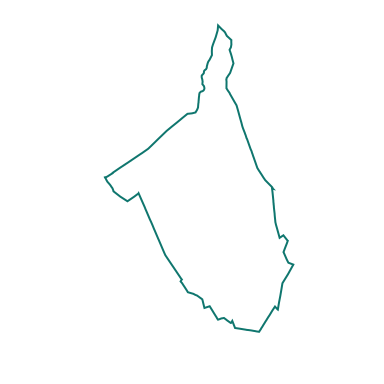 Stružānu pag., Rezeknes, Latvia, rotated 254°
{"feature_id": "27541924B41933638404830", "entity_name": "Stružānu pag.", "entity_type": "district", "adm_level": 2, "iso_a3": "LVA", "parent_name": "Latvia", "parent_adm1": "Rezeknes", "projection": "equal_earth", "projection_center": [27.216, 56.721], "detail": "fine", "context": "isolated", "style": "outline", "palette": "teal", "viewbox_px": 384, "rotation_deg": 254, "n_neighbors": 0, "source": "geoboundaries", "source_scale": "gbopen_adm2", "svg_char_len": 4394}
<svg xmlns="http://www.w3.org/2000/svg" viewBox="0 0 384 384"><g transform="rotate(254 192 192)"><path d="M230.0,112.3L228.7,112.8L227.3,113.0L225.2,113.5L223.7,114.2L223.1,114.5L222.4,114.8L222.0,115.0L221.5,115.2L221.0,115.4L220.1,115.7L219.1,116.0L218.5,116.2L218.1,116.4L217.7,116.5L217.3,116.6L214.8,116.8L214.3,116.7L207.3,121.8L207.2,121.9L200.9,127.4L202.2,131.4L203.5,135.3L204.5,137.9L205.4,140.2L205.5,140.3L195.3,141.7L190.3,142.4L188.0,142.6L185.9,142.9L177.0,144.0L174.7,144.4L170.8,144.9L167.0,145.3L165.6,145.5L155.9,146.7L155.4,146.8L143.3,148.3L140.2,148.7L139.2,148.9L138.8,148.9L138.4,149.0L130.1,151.7L126.4,152.9L124.6,153.5L122.4,154.2L114.7,156.7L114.5,156.8L114.4,156.8L112.2,157.5L110.7,158.1L110.6,157.9L109.2,156.4L107.0,157.4L104.9,158.0L102.7,158.7L98.4,160.0L96.8,160.4L93.7,165.3L92.2,166.8L91.1,168.3L86.0,172.3L85.0,172.3L80.4,172.1L77.3,172.0L77.1,172.0L77.3,177.5L72.4,178.9L70.9,179.3L67.7,180.2L65.6,180.8L65.0,181.0L63.6,181.3L62.7,181.6L62.3,181.7L62.1,181.8L62.2,183.6L62.3,184.6L62.4,185.4L62.3,185.7L62.1,188.0L60.0,189.6L59.1,190.2L55.6,193.0L55.4,193.2L55.4,193.3L55.4,193.5L57.0,195.2L49.4,195.9L47.5,200.1L46.5,202.2L44.7,206.0L44.5,206.3L43.7,208.3L43.0,209.9L42.4,211.2L41.6,212.8L40.9,214.3L40.2,215.6L39.7,216.7L39.4,217.5L39.1,217.9L39.1,218.0L39.9,218.8L41.2,220.4L41.9,221.0L42.7,222.0L43.8,223.2L44.2,223.6L45.1,224.6L45.9,225.5L47.3,227.0L48.2,228.1L48.9,228.8L49.5,229.5L50.7,230.8L52.2,232.6L55.1,235.7L56.1,236.8L59.0,240.2L57.7,240.8L56.9,241.3L55.7,241.8L55.3,242.1L62.0,245.3L67.7,248.2L73.3,250.9L79.4,253.8L85.5,260.5L86.5,261.6L93.5,268.6L93.7,268.9L94.3,269.4L96.6,266.3L97.4,265.2L98.2,265.0L101.5,264.4L108.4,263.5L108.7,263.5L109.0,263.4L112.5,266.0L116.7,269.2L118.7,270.6L118.8,270.5L119.8,270.1L125.2,267.9L123.8,263.6L133.8,263.7L137.6,263.7L139.1,263.8L139.7,263.8L139.8,263.8L140.3,263.9L140.5,263.9L140.8,264.0L144.8,264.7L146.4,265.0L147.4,265.2L148.2,265.4L154.2,266.4L156.0,266.8L156.5,266.9L156.8,266.9L157.7,267.1L157.9,267.1L158.0,267.2L160.0,267.5L160.7,267.7L161.1,267.8L169.4,269.3L173.2,269.9L172.7,270.8L172.9,270.7L173.4,270.6L174.4,270.4L175.4,269.9L177.2,268.9L183.1,265.7L183.3,265.6L183.6,265.5L184.9,265.1L186.0,264.7L188.8,263.9L190.8,263.3L191.3,263.1L192.1,262.9L192.8,262.7L193.6,262.4L195.0,262.0L197.2,261.4L197.5,261.4L204.8,261.0L206.2,260.9L206.7,260.9L206.9,260.9L209.6,260.7L212.3,260.6L212.9,260.5L213.3,260.5L214.3,260.5L214.8,260.5L215.6,260.4L216.7,260.2L218.0,260.1L226.3,259.6L227.9,259.5L228.5,259.3L232.2,259.2L232.7,259.1L234.9,259.0L235.4,258.9L235.7,258.9L239.0,258.6L240.6,258.5L242.1,258.5L244.8,258.6L245.8,258.6L249.7,258.6L257.5,258.7L259.5,258.7L261.4,258.7L261.6,258.7L263.0,258.7L267.3,257.6L275.9,255.5L276.9,255.4L280.0,254.3L280.5,254.2L282.2,253.7L282.4,253.8L283.2,254.0L288.5,255.6L290.7,256.0L291.0,256.3L291.9,256.6L292.3,257.1L293.7,258.7L295.9,261.4L304.2,267.3L308.6,267.4L310.6,267.5L313.6,267.5L318.3,267.3L320.4,269.3L322.9,270.5L325.7,271.2L327.2,271.7L332.5,268.5L335.4,267.9L336.3,267.8L337.2,267.3L337.8,267.1L338.8,266.4L339.8,265.8L340.4,265.4L344.9,263.0L340.5,261.3L340.1,261.1L335.3,258.1L334.2,257.4L329.9,254.2L327.7,252.6L325.4,251.1L322.0,249.9L318.1,248.9L314.2,245.3L313.6,244.5L312.6,243.4L311.2,242.4L310.5,242.0L308.7,240.9L307.6,240.5L307.3,240.4L306.2,239.4L305.6,237.9L305.2,237.2L304.5,236.7L303.7,236.4L303.1,236.2L302.5,235.5L302.2,235.0L301.3,233.5L299.9,233.0L299.0,232.9L297.0,232.9L295.9,232.7L295.0,232.6L294.6,232.4L294.1,232.2L292.8,231.7L290.4,232.7L288.7,232.6L288.2,232.5L287.6,232.2L287.0,231.7L286.5,231.2L286.1,230.2L286.0,229.7L286.0,229.2L286.1,228.6L285.9,228.1L285.6,227.4L285.2,226.7L284.9,226.4L284.2,226.1L283.7,225.8L282.3,225.3L281.7,225.0L281.0,224.7L280.6,224.6L280.3,224.4L279.9,224.3L279.5,224.2L279.2,224.0L278.9,223.9L278.6,223.8L278.2,223.7L277.9,223.5L277.6,223.4L277.3,223.3L277.0,223.2L276.7,223.1L276.1,222.9L275.6,222.6L273.0,221.6L271.6,221.1L269.8,219.7L268.8,218.7L268.3,218.1L267.5,217.3L267.6,213.7L268.4,209.2L265.8,203.1L265.7,202.9L263.1,197.0L260.5,190.8L257.8,184.6L252.4,174.4L249.2,168.5L246.0,162.5L245.6,161.7L242.9,153.9L242.9,153.7L237.4,136.8L237.4,136.7L235.0,129.1L232.3,121.0L232.0,121.0L231.8,120.4L231.3,118.6L231.2,118.3L230.9,117.2L230.6,116.3L230.5,115.9L230.4,115.6L230.3,115.3L230.0,114.0L230.1,112.3L230.0,112.3Z" fill="none" stroke="#0f766e" stroke-width="2"/></g></svg>